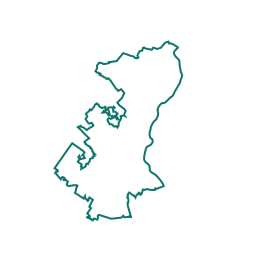 outline of Salgales pag., Ozolnieku, Latvia, rotated 224°
{"feature_id": "27541924B82271336791843", "entity_name": "Salgales pag.", "entity_type": "district", "adm_level": 2, "iso_a3": "LVA", "parent_name": "Latvia", "parent_adm1": "Ozolnieku", "projection": "orthographic", "projection_center": [24.01, 56.604], "detail": "fine", "context": "isolated", "style": "outline", "palette": "teal", "viewbox_px": 256, "rotation_deg": 224, "n_neighbors": 0, "source": "geoboundaries", "source_scale": "gbopen_adm2", "svg_char_len": 5812}
<svg xmlns="http://www.w3.org/2000/svg" viewBox="0 0 256 256"><g transform="rotate(224 128 128)"><path d="M61.9,111.0L62.6,111.5L63.8,111.9L65.8,112.4L68.3,112.9L74.5,113.5L77.0,113.2L80.4,112.4L81.4,112.3L82.4,112.5L83.6,113.3L85.3,115.0L86.5,115.7L88.5,116.0L91.4,115.7L92.8,115.8L94.1,116.3L95.1,117.1L96.3,118.4L98.5,121.7L100.2,124.6L101.1,126.4L101.2,127.8L101.1,128.6L100.5,129.9L100.1,131.3L100.0,132.2L100.0,132.8L100.2,133.7L100.4,134.5L100.6,135.1L101.0,135.6L101.5,136.1L102.1,136.4L102.8,136.6L105.1,136.5L105.8,136.8L107.4,137.9L109.2,139.6L110.9,142.8L112.0,144.2L112.5,145.3L113.4,148.0L113.8,150.1L113.9,151.3L113.8,152.4L113.7,154.0L114.3,155.8L114.9,157.2L115.5,158.3L116.5,159.6L118.5,160.9L119.5,161.8L120.0,162.6L120.3,163.3L120.8,165.1L121.0,166.6L121.0,167.1L121.0,168.5L120.8,169.4L120.3,170.1L119.6,170.9L119.0,172.2L118.8,173.4L118.8,175.9L118.8,178.9L118.7,179.6L118.3,180.9L118.2,181.6L118.4,182.9L118.6,183.6L119.4,186.1L119.6,186.5L120.7,191.3L122.0,196.3L122.2,196.9L123.5,199.0L124.5,201.7L124.7,202.2L125.0,202.8L125.8,203.6L126.7,204.2L129.1,205.0L131.0,206.6L134.2,208.8L137.2,211.6L138.0,212.0L138.8,212.3L139.7,212.5L142.1,212.4L144.6,212.7L146.1,213.3L147.2,213.9L147.5,214.3L147.9,215.6L148.0,218.9L147.8,220.3L148.2,220.7L154.5,219.4L154.9,219.0L156.4,218.3L157.1,217.5L157.3,217.9L158.9,218.2L160.5,215.2L160.1,208.6L161.9,205.1L165.7,203.3L165.2,200.8L170.8,197.3L172.1,196.8L172.4,196.9L172.5,196.4L172.8,196.1L171.5,193.5L172.2,192.8L173.0,191.3L171.8,187.1L171.5,186.6L169.4,185.8L169.5,185.4L170.7,184.0L170.6,183.9L171.5,183.2L173.2,183.5L177.0,181.4L180.9,179.8L183.5,178.4L182.6,168.4L185.8,164.1L187.4,162.4L186.7,161.8L187.1,161.1L188.9,158.2L190.2,156.9L191.8,156.6L194.1,155.0L193.8,152.0L193.7,151.5L191.8,149.7L190.8,146.2L188.6,146.5L187.4,147.0L187.5,147.2L185.5,147.9L185.4,146.5L184.5,146.8L184.6,147.0L184.4,147.1L180.5,147.9L179.0,148.6L177.4,148.4L176.7,150.1L175.7,149.9L173.9,150.1L164.3,148.0L162.0,148.2L161.6,147.8L160.8,147.9L159.9,151.1L155.2,150.7L154.9,150.4L154.2,148.4L153.2,145.1L153.3,140.9L153.2,138.8L150.4,138.5L150.1,138.3L146.0,138.8L145.3,138.8L144.0,139.1L143.0,139.0L141.4,138.5L140.9,136.8L139.8,134.7L139.6,134.5L138.8,134.4L139.8,134.0L141.3,131.9L141.5,131.4L141.1,130.9L140.5,130.9L140.2,130.5L139.5,129.8L138.4,125.5L136.3,122.9L135.9,121.0L137.3,121.4L138.2,120.7L138.3,119.9L139.9,119.2L140.4,119.6L142.2,119.3L143.0,118.9L143.5,118.1L144.2,118.0L144.7,118.3L146.6,118.7L147.8,119.2L148.5,119.7L148.7,120.4L148.6,120.8L148.6,121.9L146.8,122.5L145.9,124.5L146.0,124.6L147.4,124.8L147.3,125.0L148.1,125.2L147.5,126.1L145.8,125.8L145.7,126.9L142.7,126.8L141.6,126.6L141.2,127.6L145.6,128.7L145.2,130.8L145.8,131.2L148.6,130.8L149.8,129.5L151.8,131.0L151.7,133.4L151.9,133.4L153.0,133.3L152.8,132.8L153.1,132.5L153.6,131.8L154.4,131.3L154.4,131.1L156.0,129.6L156.3,129.0L156.1,127.7L154.5,127.3L150.6,125.1L150.7,124.5L150.6,124.4L150.8,124.3L150.8,123.6L151.9,124.0L153.6,124.2L155.0,123.7L157.0,121.4L157.3,123.6L156.5,123.5L156.0,124.4L156.0,125.7L156.5,125.7L156.5,125.9L158.4,126.5L158.7,127.3L158.9,127.5L159.3,127.2L159.3,126.2L160.6,124.8L160.6,124.3L162.3,123.7L163.0,123.6L164.1,123.7L165.1,124.2L165.3,123.9L167.0,124.2L167.3,123.2L167.7,123.3L167.8,122.0L167.8,121.4L167.1,119.5L167.1,119.3L167.1,118.1L166.8,116.6L166.7,115.6L166.8,115.1L168.3,115.0L168.3,114.6L167.7,112.7L168.0,111.0L168.1,109.2L167.8,108.9L167.7,108.6L166.7,108.5L165.3,108.0L165.1,107.4L165.1,107.1L165.1,106.6L164.9,106.2L164.9,105.1L164.5,104.9L159.6,103.9L158.6,104.9L158.3,105.0L158.2,105.9L157.9,106.4L157.7,106.5L155.2,106.0L154.7,105.8L154.6,105.6L154.9,103.6L155.9,100.7L156.0,99.2L156.1,98.6L156.2,97.8L157.1,97.8L160.6,97.4L162.4,96.3L162.9,96.3L163.6,96.7L164.7,93.8L160.0,93.9L156.7,93.6L148.8,93.6L149.4,90.4L149.7,88.0L148.7,87.7L148.8,87.3L147.4,87.1L147.4,87.3L145.3,87.3L142.8,88.0L141.2,88.0L141.3,87.5L139.6,87.6L137.3,86.9L137.3,86.4L136.7,86.2L133.6,86.1L134.5,85.2L134.4,85.1L133.0,84.9L132.5,84.4L132.9,84.0L132.9,83.7L133.3,83.6L133.5,83.2L133.4,82.8L133.1,82.2L132.5,81.8L133.8,79.7L132.2,76.7L132.4,75.7L132.4,75.2L131.9,74.5L131.7,74.3L133.1,73.2L132.3,71.4L131.7,70.9L133.2,66.1L134.5,68.0L135.1,67.7L136.1,69.6L140.6,68.8L141.0,70.4L140.9,72.2L143.5,72.5L143.7,74.1L140.6,72.5L139.7,74.0L138.2,76.3L141.0,77.5L141.8,76.6L142.4,80.3L145.4,80.2L157.5,78.3L156.2,68.8L154.8,60.6L152.9,48.1L149.6,48.7L149.5,47.9L148.4,48.1L148.4,47.7L148.5,47.5L149.5,46.9L149.4,46.2L148.9,45.0L148.6,45.2L140.7,44.4L141.2,47.0L140.3,47.2L140.1,47.7L138.6,47.9L138.2,45.9L137.7,46.0L136.9,47.0L136.8,47.4L136.3,47.6L135.2,47.5L133.8,47.6L133.4,45.7L132.3,44.5L130.4,45.0L128.5,47.4L127.4,49.1L127.0,49.2L125.5,50.9L125.5,51.0L124.3,51.4L123.7,50.2L123.5,48.8L122.8,47.9L121.8,46.3L121.6,45.6L121.2,44.9L121.1,44.5L110.7,46.5L110.9,47.7L111.5,48.1L111.7,49.0L110.9,48.3L108.9,47.8L106.2,47.6L106.4,48.9L107.1,48.9L107.4,51.3L103.4,51.9L101.1,44.5L98.9,44.7L98.0,38.3L97.4,38.2L96.6,38.3L94.7,38.2L94.4,38.1L94.1,37.8L93.9,37.7L95.5,35.9L95.4,35.3L90.8,36.8L90.5,36.7L90.5,37.2L89.7,37.5L89.1,37.4L89.5,39.3L86.3,40.8L87.5,43.0L88.5,43.6L88.9,44.3L88.4,45.4L77.0,51.1L70.5,59.0L70.5,61.5L68.6,61.2L65.9,64.4L65.8,64.8L65.7,65.3L65.3,65.1L65.1,65.1L64.0,66.0L74.2,72.0L75.3,73.0L75.2,73.0L75.7,73.5L76.3,74.5L76.2,74.8L76.4,75.2L77.1,75.9L78.9,77.5L79.8,77.4L80.3,77.6L80.5,77.9L80.4,78.4L81.1,78.9L81.3,79.6L82.0,80.1L82.1,80.3L82.0,80.6L82.4,82.2L82.4,82.4L81.2,82.6L76.8,83.1L76.5,83.2L76.5,83.5L74.4,83.1L74.7,83.5L75.1,85.4L75.2,89.2L74.7,89.4L74.2,89.0L74.2,88.5L73.8,88.3L73.2,88.4L73.2,88.7L72.3,89.4L72.8,90.8L74.5,94.1L73.1,94.9L72.9,95.3L73.0,95.4L72.4,96.6L71.7,97.3L70.6,97.9L70.5,98.2L68.5,99.3L65.7,102.1L66.1,102.6L66.5,103.3L66.3,103.6L65.4,103.7L61.9,111.0Z" fill="none" stroke="#0f766e" stroke-width="2"/></g></svg>